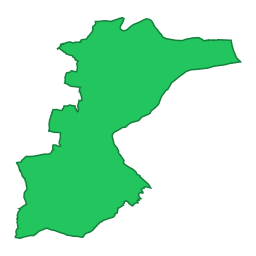 outline of Spydeberg nor, Østfold, Norway
{"feature_id": "86288312B44573726791656", "entity_name": "Spydeberg nor", "entity_type": "district", "adm_level": 2, "iso_a3": "NOR", "parent_name": "Norway", "parent_adm1": "Østfold", "projection": "natural_earth1", "projection_center": [11.037, 59.603], "detail": "fine", "context": "isolated", "style": "filled", "palette": "green", "viewbox_px": 256, "rotation_deg": 0, "n_neighbors": 0, "source": "geoboundaries", "source_scale": "gbopen_adm2", "svg_char_len": 5607}
<svg xmlns="http://www.w3.org/2000/svg" viewBox="0 0 256 256"><path d="M95.3,21.5L95.7,23.6L95.4,24.4L94.3,25.5L93.0,26.4L92.8,26.9L92.6,27.9L92.8,28.1L92.8,29.4L92.5,30.6L92.7,31.0L92.2,31.8L90.3,33.9L90.0,34.6L89.2,35.5L88.6,35.9L86.4,39.0L85.7,39.3L82.3,39.6L81.1,40.1L80.2,41.5L80.7,42.1L79.7,42.4L79.0,42.3L75.3,42.2L74.4,42.4L73.4,43.3L72.6,43.1L72.2,42.7L71.1,42.2L70.1,42.0L68.1,42.2L66.1,42.7L65.1,43.4L63.3,43.5L63.5,44.2L63.2,44.5L62.3,44.1L60.9,44.1L60.4,45.0L61.0,45.7L61.0,46.0L59.9,46.7L59.3,47.4L57.5,48.6L57.6,49.0L58.5,48.2L60.4,49.0L61.5,50.2L62.7,50.7L63.5,51.8L65.1,52.4L65.5,52.8L66.0,53.8L68.8,54.8L72.4,55.7L72.6,55.9L72.6,56.4L72.9,57.0L75.3,58.4L75.0,59.1L75.1,59.7L76.2,60.2L76.2,60.4L78.1,61.1L77.5,62.1L76.7,64.0L77.2,65.1L77.4,67.4L77.2,69.7L76.9,70.2L76.8,71.1L75.9,71.9L71.6,70.7L70.6,71.3L69.8,72.5L67.2,72.6L66.3,73.2L65.0,77.4L65.2,79.6L65.0,81.5L65.2,82.0L64.6,83.1L65.8,83.4L67.9,84.4L69.6,85.6L71.0,86.3L76.1,86.8L80.6,87.4L79.6,88.8L79.5,90.0L79.2,90.9L79.2,91.7L80.1,91.7L80.5,92.4L80.3,92.9L80.4,93.8L81.3,95.9L81.4,96.6L81.7,97.1L81.6,99.2L81.9,100.1L81.8,100.6L80.9,100.9L80.1,100.4L79.0,100.4L78.8,102.0L77.8,105.5L77.7,106.6L78.6,108.6L78.3,110.0L78.2,111.3L77.7,111.7L77.0,111.6L77.0,110.5L76.2,109.2L76.3,109.0L75.9,108.9L75.0,107.6L75.2,106.2L73.5,105.7L72.0,105.7L70.3,105.0L66.0,106.2L64.1,105.9L63.2,108.6L62.6,108.8L62.6,109.9L61.9,110.4L60.0,110.4L56.3,109.4L54.6,109.7L53.0,109.6L52.6,110.8L51.8,112.6L52.0,113.3L51.7,113.7L51.5,114.8L51.1,115.0L50.1,119.0L49.5,120.1L49.7,120.9L49.0,123.5L49.3,124.3L49.1,125.5L49.5,128.6L48.7,130.8L49.0,131.3L49.7,131.1L54.2,132.3L58.4,132.5L60.5,132.9L60.6,133.5L60.3,135.4L60.4,137.7L60.2,138.9L60.0,139.2L59.3,141.6L59.2,143.0L59.5,144.4L60.1,144.7L60.4,145.2L60.6,145.8L60.5,146.3L59.6,146.4L58.2,146.2L55.7,145.0L54.4,145.2L53.2,144.9L52.9,145.7L52.8,148.6L53.5,149.6L53.1,149.7L52.9,150.1L52.5,150.1L51.9,150.9L51.7,151.4L51.8,151.7L51.5,152.2L49.6,154.0L43.8,154.2L34.2,156.2L29.9,156.5L26.2,156.4L21.8,160.4L21.5,160.8L21.4,161.5L20.8,162.0L20.0,162.3L18.9,162.2L17.5,162.6L16.6,162.6L16.6,162.9L17.4,164.1L18.6,166.3L19.2,168.6L19.8,169.5L19.8,169.9L19.5,170.2L19.5,170.4L20.6,171.1L20.7,171.4L20.5,171.7L21.5,172.7L21.4,173.0L22.1,174.5L22.0,174.9L22.2,175.2L22.1,175.6L22.3,175.7L22.5,176.4L23.3,177.0L23.2,177.3L23.5,177.8L24.4,178.2L25.0,178.7L25.1,179.1L24.9,179.6L25.0,180.1L26.3,183.7L26.1,184.3L26.4,184.9L26.4,185.5L26.6,185.8L26.5,186.1L26.8,187.0L27.0,188.9L26.5,189.6L26.4,190.3L25.1,191.5L24.3,192.9L24.0,196.6L24.0,197.7L24.6,198.5L25.8,201.8L26.0,202.0L26.1,203.5L26.5,204.4L23.6,205.8L21.3,207.6L20.0,208.4L20.2,208.6L20.2,208.8L19.4,208.9L20.3,209.4L19.1,211.1L18.1,212.2L17.8,214.2L17.2,215.0L17.6,217.1L17.9,217.3L18.0,217.7L17.7,218.1L16.9,218.5L17.2,219.0L17.1,219.6L17.6,220.1L17.3,220.8L17.3,221.3L17.1,222.3L17.6,224.7L17.8,227.0L18.1,228.1L17.9,228.4L17.2,228.7L17.0,229.4L16.5,230.0L16.0,231.2L16.0,232.8L16.6,234.0L16.5,234.6L15.5,236.3L15.4,237.4L20.3,238.3L23.4,237.1L29.0,235.8L30.3,235.5L31.9,235.6L34.1,235.5L34.4,235.0L36.2,233.7L39.0,231.2L45.7,228.5L46.8,228.2L51.7,230.0L54.7,230.5L61.2,232.9L64.3,233.7L66.5,235.0L70.6,235.6L72.6,236.2L77.7,236.4L82.6,237.3L83.6,236.4L83.9,235.4L85.1,234.0L88.1,232.4L88.9,232.5L89.7,232.2L90.3,231.7L92.5,230.4L93.6,229.1L94.8,228.0L94.8,227.9L94.5,227.7L96.4,226.3L96.9,225.8L96.9,225.2L97.5,224.8L98.3,223.9L99.0,223.7L99.0,223.1L100.2,222.3L102.5,221.2L103.2,220.4L109.3,218.3L113.3,217.1L114.6,215.8L115.2,213.8L116.8,213.2L116.7,212.9L117.3,212.3L117.4,211.2L117.7,210.9L117.7,210.0L118.0,208.6L117.9,208.2L119.2,207.8L123.5,205.0L123.3,204.3L123.8,203.4L124.4,202.8L124.3,202.2L124.0,201.8L126.5,200.8L126.9,201.4L127.7,201.5L129.0,203.5L130.2,204.5L132.2,205.8L132.8,205.7L132.5,205.4L134.2,203.9L136.2,202.9L138.1,202.7L137.2,200.7L139.1,200.2L138.4,199.3L140.9,198.7L140.2,198.1L140.2,197.9L139.3,197.2L139.0,196.3L138.7,196.0L138.8,195.1L138.5,194.9L139.0,193.6L139.7,192.9L140.4,192.7L142.8,193.1L142.9,192.8L143.0,192.2L142.5,191.8L142.2,191.1L141.7,190.6L141.5,189.9L141.4,189.3L141.8,188.7L144.1,188.2L144.1,187.7L144.4,187.3L145.3,186.9L146.5,186.9L150.7,187.9L148.5,184.3L140.1,176.9L140.3,176.3L139.6,175.5L137.5,174.6L136.8,174.0L136.1,172.2L133.8,170.0L132.4,168.9L130.1,167.8L125.8,165.2L123.7,163.3L123.4,162.5L124.0,160.5L120.1,154.7L119.5,154.5L118.4,152.5L118.7,151.3L116.9,147.7L114.1,144.3L112.1,135.8L112.8,134.0L113.7,132.6L120.1,129.1L122.3,127.5L125.5,127.2L128.9,124.0L130.7,122.8L138.4,120.6L139.3,120.0L141.7,117.1L148.6,114.2L150.2,113.1L151.1,110.9L155.2,107.7L158.4,104.4L158.9,103.6L160.7,98.3L162.2,95.5L166.2,90.1L167.6,89.7L171.6,82.7L175.3,79.9L178.8,76.9L181.8,74.8L186.2,71.5L190.7,69.8L199.4,69.1L208.1,68.0L214.1,66.2L224.5,64.8L229.6,63.5L240.6,61.8L240.2,61.3L237.1,58.6L236.3,57.3L233.9,51.5L232.2,46.2L231.1,40.3L217.6,39.7L217.4,40.0L215.9,40.4L215.3,40.0L214.6,40.1L214.0,40.4L213.6,39.9L212.2,40.3L211.7,40.0L209.3,40.1L208.8,39.8L208.0,40.1L208.1,40.5L207.6,40.5L206.6,40.1L205.5,40.7L203.6,40.7L202.6,39.7L201.0,38.8L198.5,37.6L193.0,37.9L185.0,39.5L183.6,40.2L181.6,40.6L175.6,40.3L165.4,38.5L164.9,37.9L162.7,37.1L162.3,36.1L160.7,33.7L159.8,33.3L159.9,33.0L157.9,30.6L157.8,30.1L155.1,27.3L152.1,21.6L151.4,20.7L149.9,19.7L147.9,19.0L146.4,18.9L145.4,19.1L139.2,22.2L133.6,24.5L130.2,26.8L127.5,29.4L126.1,30.2L124.6,30.7L123.0,30.7L121.5,29.9L120.6,29.0L120.0,27.8L120.3,26.7L123.1,21.4L124.0,18.6L123.0,17.9L121.8,17.7L120.6,18.2L119.2,18.4L118.8,18.8L110.4,21.5L107.2,20.9L104.9,20.8L102.3,20.9L100.1,21.4L95.3,21.5Z" fill="#22c55e" stroke="#15803d" stroke-width="1.5"/></svg>